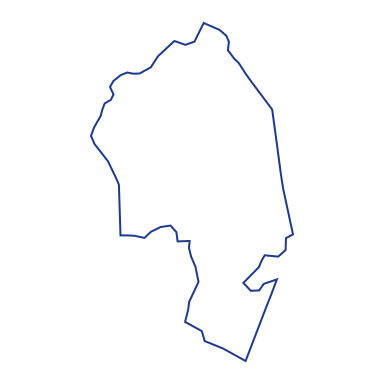 outline of Macaparana, Pernambuco, Brazil
{"feature_id": "56859067B7304153063563", "entity_name": "Macaparana", "entity_type": "district", "adm_level": 2, "iso_a3": "BRA", "parent_name": "Brazil", "parent_adm1": "Pernambuco", "projection": "orthographic", "projection_center": [-35.455, -7.535], "detail": "fine", "context": "isolated", "style": "outline", "palette": "blue", "viewbox_px": 384, "rotation_deg": 0, "n_neighbors": 0, "source": "geoboundaries", "source_scale": "gbopen_adm2", "svg_char_len": 988}
<svg xmlns="http://www.w3.org/2000/svg" viewBox="0 0 384 384"><path d="M94.5,144.0L108.0,161.3L116.0,177.9L118.9,184.7L120.5,235.4L127.4,235.4L134.7,235.8L144.5,237.9L150.9,231.8L160.6,227.0L170.5,225.6L176.4,232.2L177.6,241.4L189.6,241.0L189.0,248.1L191.1,256.6L195.4,266.6L198.5,281.9L189.2,301.8L188.2,309.5L185.1,321.9L201.8,331.1L204.7,341.1L223.0,348.5L245.6,361.0L258.3,327.8L266.2,307.2L270.8,295.6L276.9,279.4L263.7,283.9L259.2,290.4L250.8,290.8L243.4,282.9L258.8,267.2L261.7,260.5L264.7,255.3L278.2,256.6L285.6,250.0L286.0,238.1L293.0,234.4L283.1,188.5L280.8,173.6L277.5,148.6L272.2,109.6L266.2,101.5L251.8,82.3L245.6,73.7L238.6,62.8L234.3,58.8L227.9,50.2L228.9,41.7L226.3,35.7L219.5,29.9L203.7,23.0L194.4,41.7L185.3,44.8L174.4,41.0L158.0,56.2L150.8,67.3L139.6,73.5L133.2,73.7L127.4,72.5L120.7,75.1L113.5,80.9L110.0,86.9L113.5,94.4L110.9,99.8L104.7,103.4L102.2,110.0L100.7,116.0L97.4,121.6L94.1,127.4L91.0,135.9L94.5,144.0Z" fill="none" stroke="#1e3a8a" stroke-width="2"/></svg>